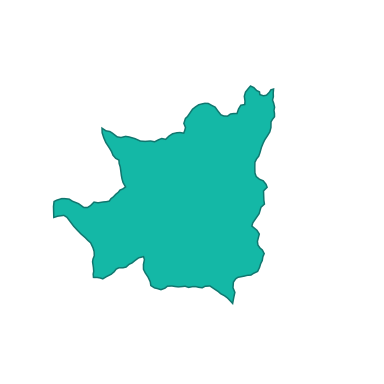 the district of Macedônia, São Paulo, Brazil, rotated 316°
{"feature_id": "56859067B48877061446759", "entity_name": "Macedônia", "entity_type": "district", "adm_level": 2, "iso_a3": "BRA", "parent_name": "Brazil", "parent_adm1": "São Paulo", "projection": "mercator", "projection_center": [-50.18, -20.097], "detail": "fine", "context": "isolated", "style": "filled", "palette": "teal", "viewbox_px": 384, "rotation_deg": 316, "n_neighbors": 0, "source": "geoboundaries", "source_scale": "gbopen_adm2", "svg_char_len": 2762}
<svg xmlns="http://www.w3.org/2000/svg" viewBox="0 0 384 384"><g transform="rotate(316 192 192)"><path d="M244.6,133.9L241.1,134.6L238.4,134.5L233.8,137.0L232.1,141.1L229.5,142.7L226.9,143.9L224.7,140.9L222.3,138.9L218.5,136.6L214.3,135.8L209.6,135.8L207.4,132.5L204.3,131.2L200.0,129.9L197.6,126.5L193.5,123.1L190.3,119.6L188.0,113.9L185.0,108.7L182.9,105.9L178.8,103.5L176.5,100.4L175.6,94.2L174.9,91.4L172.6,88.2L171.6,83.6L168.5,87.0L166.2,91.7L164.4,96.5L163.1,103.3L162.2,107.0L160.7,110.7L160.5,114.7L161.6,118.3L159.4,120.9L157.8,124.1L155.4,127.4L152.7,131.0L150.8,133.9L149.0,137.3L147.7,142.2L144.3,141.7L141.6,140.6L138.8,141.0L135.6,140.7L132.1,140.9L129.1,140.5L126.2,141.1L123.8,139.6L121.2,137.5L116.9,134.5L114.5,131.2L109.6,131.3L106.1,130.6L103.4,128.0L102.3,121.6L99.6,115.6L98.7,111.8L95.7,108.2L93.6,106.2L89.0,103.9L86.2,103.0L82.3,106.2L74.9,114.3L78.6,116.1L83.6,119.8L84.5,123.4L84.0,127.2L83.1,134.5L83.0,140.0L83.0,145.1L83.5,150.7L83.5,154.3L83.8,158.1L82.0,163.4L80.2,166.9L77.4,170.0L74.3,171.4L72.0,173.1L68.8,177.6L66.2,180.8L63.9,182.4L61.8,185.0L64.5,187.7L66.2,190.0L67.5,192.5L71.5,193.4L76.7,195.0L80.6,195.3L83.8,194.8L86.7,195.7L89.6,198.5L92.4,200.2L96.4,200.3L99.7,201.4L103.5,201.7L107.9,202.3L112.2,204.8L110.8,207.6L106.7,210.4L103.4,213.9L102.2,217.7L101.3,222.6L99.6,227.6L97.4,230.7L98.4,234.9L100.0,237.4L101.8,240.7L105.7,242.4L108.9,242.7L112.3,245.7L114.3,248.4L116.3,250.8L119.0,253.0L121.6,255.0L123.3,258.3L126.6,260.4L129.1,262.8L130.6,265.2L132.8,268.0L135.9,268.9L139.6,272.0L141.0,278.6L141.7,281.7L142.0,285.1L143.3,289.2L143.9,292.8L143.9,297.4L143.8,300.4L148.9,296.8L153.1,294.0L155.0,289.3L159.2,285.6L163.1,284.8L165.8,285.3L171.0,288.7L173.8,290.3L176.7,292.7L179.5,293.2L184.0,294.7L188.1,293.2L191.5,291.3L194.9,290.1L198.0,287.8L201.1,286.5L202.3,282.6L202.0,279.4L202.6,275.9L204.8,272.9L211.2,269.0L212.1,264.7L211.4,258.1L214.3,256.4L217.7,255.7L225.2,254.2L231.0,250.9L235.7,251.0L238.0,247.8L244.2,240.9L249.3,240.8L250.6,237.8L251.0,233.4L249.4,229.7L248.9,225.5L250.5,222.0L254.3,217.9L257.9,214.3L261.6,213.0L264.8,212.6L268.2,210.9L273.0,208.1L277.3,206.2L280.6,205.0L285.5,203.9L289.7,202.8L293.5,200.5L297.6,196.4L300.6,195.6L303.6,195.2L305.9,192.8L307.7,190.2L310.3,188.4L312.5,184.7L313.8,181.8L316.8,179.9L319.1,177.3L322.2,174.6L319.7,173.3L316.9,174.0L312.8,174.1L310.2,172.4L308.5,169.1L310.1,166.8L309.0,164.0L309.0,159.8L307.7,156.4L304.3,156.7L299.9,157.3L296.1,159.5L293.2,163.5L290.7,165.7L287.4,163.5L283.2,164.6L278.9,166.8L276.2,164.3L273.8,162.6L270.2,162.1L267.6,159.3L266.4,156.5L266.9,151.5L267.6,147.0L266.4,143.6L265.2,139.6L262.8,137.1L260.4,135.6L257.4,133.9L253.7,133.2L249.9,132.8L244.6,133.9Z" fill="#14b8a6" stroke="#0f766e" stroke-width="1.5"/></g></svg>